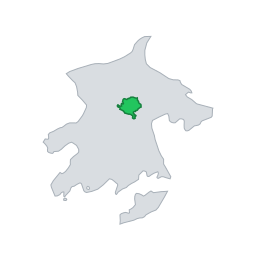 Kurdamir District, Kürdəmir, Azerbaijan shown in context, rotated 287°
{"feature_id": "54616110B82810927503709", "entity_name": "Kurdamir District", "entity_type": "district", "adm_level": 2, "iso_a3": "AZE", "parent_name": "Azerbaijan", "parent_adm1": "Kürdəmir", "projection": "mercator", "projection_center": [48.161, 40.284], "detail": "fine", "context": "in_parent", "style": "filled", "palette": "green", "viewbox_px": 256, "rotation_deg": 287, "n_neighbors": 0, "source": "geoboundaries", "source_scale": "gbopen_adm2", "svg_char_len": 4722}
<svg xmlns="http://www.w3.org/2000/svg" viewBox="0 0 256 256"><g transform="rotate(287 128 128)"><path d="M171.8,203.4L170.9,203.3L164.0,205.0L162.5,204.4L156.6,196.9L155.4,196.1L152.9,195.7L151.4,194.5L150.2,192.4L149.5,190.9L143.4,186.8L142.5,185.3L142.3,184.0L143.2,182.8L144.3,181.8L147.2,180.8L150.7,179.9L151.8,179.3L152.4,178.2L152.4,176.4L151.8,174.7L146.8,171.6L146.3,170.2L146.1,168.5L146.4,166.8L147.2,165.4L151.2,163.6L153.4,161.7L152.1,159.5L147.7,154.6L142.4,149.2L139.0,149.2L134.9,150.8L128.5,155.4L124.9,157.3L120.3,160.6L115.2,164.2L111.1,168.0L108.5,171.2L103.9,172.6L101.6,175.2L93.9,183.2L91.7,183.1L91.6,179.1L91.7,176.0L91.2,174.2L88.7,171.7L88.7,170.7L89.4,170.0L91.3,170.4L93.7,170.3L94.9,169.3L92.3,166.0L90.0,163.9L88.0,162.4L87.5,161.5L87.5,160.9L87.9,160.2L91.3,158.4L91.7,156.7L91.4,154.9L86.1,152.1L82.0,153.1L78.4,150.1L76.1,147.7L73.2,145.2L70.6,143.8L68.1,140.6L63.8,137.3L61.1,136.4L61.1,135.8L61.6,135.2L62.8,134.7L70.4,134.9L71.4,134.3L71.9,132.9L72.9,130.8L74.1,127.7L74.0,125.1L66.3,120.9L60.7,117.0L56.8,111.9L54.2,107.2L54.3,105.6L55.1,104.1L61.1,99.8L61.5,98.7L61.3,97.9L59.2,95.7L56.5,93.4L55.7,91.7L54.0,90.9L50.8,90.8L45.1,88.0L43.9,87.7L43.7,87.1L43.9,86.6L48.0,85.4L47.9,84.5L46.7,83.2L44.4,82.3L42.3,80.1L41.6,78.1L48.9,72.1L51.0,70.9L55.8,72.0L65.6,76.0L65.0,78.1L66.0,79.4L68.2,81.0L72.6,82.7L76.3,83.6L78.1,82.9L81.0,82.2L84.7,84.2L88.0,86.6L89.7,87.6L90.6,87.9L93.2,87.1L96.3,83.9L97.5,80.1L97.9,78.2L96.1,75.7L92.4,72.9L88.2,70.5L85.5,68.3L83.8,64.1L82.1,63.6L81.6,63.1L81.4,61.6L81.4,59.6L82.0,58.0L83.7,57.3L85.4,57.1L87.0,55.6L88.9,52.7L89.7,51.0L93.3,52.0L93.8,54.6L94.5,55.2L96.0,54.8L98.5,53.7L100.5,54.6L103.0,57.7L106.6,61.0L108.5,63.2L109.2,64.7L111.1,66.2L113.7,68.0L115.8,70.7L117.7,77.0L119.6,78.4L126.4,80.8L128.8,81.3L135.5,82.2L137.9,81.6L141.4,76.1L144.5,70.5L147.4,69.4L152.6,66.7L155.8,64.1L157.1,61.3L160.0,56.1L161.9,53.1L165.0,55.8L170.3,62.8L178.0,74.3L179.8,77.6L181.1,81.3L182.1,85.9L183.9,89.9L191.6,100.0L195.0,103.7L200.5,108.5L202.4,109.6L204.9,109.9L209.6,109.9L213.9,111.8L216.1,113.1L218.3,115.0L220.3,117.2L222.3,123.1L214.8,121.1L207.2,121.4L202.9,122.7L198.8,124.4L194.8,126.8L192.3,131.5L190.2,142.4L187.2,152.5L187.3,157.2L188.6,161.7L188.5,163.8L187.1,164.7L185.3,166.6L183.0,175.9L181.8,177.7L180.3,178.8L179.9,177.8L180.0,175.3L176.7,173.2L175.0,175.6L173.8,180.7L171.4,186.0L171.2,187.0L171.8,203.4ZM60.1,108.2L60.5,106.7L59.5,106.0L58.5,106.0L57.7,106.7L57.7,108.6L58.9,108.9L60.1,108.2ZM35.4,150.7L34.3,149.2L33.7,148.4L37.1,147.7L42.6,145.7L44.1,146.6L45.7,148.7L46.6,150.4L46.7,153.7L47.4,154.2L50.1,153.1L51.3,154.4L53.3,156.0L56.9,157.5L62.1,155.1L64.7,154.5L66.8,154.5L68.0,155.3L68.4,157.8L68.0,160.9L67.4,162.6L68.4,163.8L72.7,166.8L74.5,168.4L73.6,171.3L76.8,178.3L77.8,181.0L79.1,184.3L72.6,183.0L60.9,180.2L57.7,178.7L54.7,174.9L52.8,173.0L50.2,170.6L48.0,169.7L46.3,168.0L45.4,165.5L44.0,163.2L41.6,160.6L36.1,151.6L35.4,150.7ZM42.3,89.9L41.6,90.4L40.5,89.9L40.2,88.7L40.2,87.5L41.4,87.3L42.3,87.6L42.5,88.7L42.3,89.9Z" fill="#d9dde1" stroke="#a8b0b8" stroke-width="1"/><path d="M145.3,112.0L145.2,112.4L145.1,112.9L145.1,113.4L145.0,113.8L144.9,114.4L144.7,114.7L144.2,114.9L143.5,114.8L143.5,115.3L143.4,116.2L143.4,116.6L143.2,117.2L143.0,118.1L143.0,118.5L142.8,118.9L142.4,119.4L141.9,119.9L141.6,120.4L141.3,120.6L141.4,121.4L141.4,122.3L141.4,123.8L141.4,124.6L141.7,125.2L141.7,126.2L141.7,127.0L141.4,127.6L141.2,128.2L141.1,128.6L140.9,128.9L140.5,129.2L139.8,129.3L139.3,129.3L138.9,129.4L138.7,129.8L138.6,130.2L138.5,130.5L138.5,130.8L138.8,131.4L139.1,131.7L139.5,132.0L139.7,131.9L140.2,131.5L140.4,131.4L141.0,131.4L141.4,131.8L141.9,132.0L142.3,131.9L142.6,131.0L142.3,130.4L142.4,130.1L142.9,130.2L143.2,129.9L143.4,129.3L143.7,128.8L144.3,128.6L145.0,128.6L145.6,129.2L145.9,129.8L146.0,130.3L146.7,130.3L146.9,130.3L147.4,131.3L147.9,131.8L148.5,132.0L149.1,132.0L149.6,132.4L150.9,133.3L151.4,133.8L151.9,134.4L152.2,134.2L152.6,134.1L153.2,133.9L153.6,133.8L154.0,133.6L154.4,133.2L154.5,132.7L154.7,132.1L154.8,131.6L155.2,131.1L155.5,130.7L156.3,130.4L156.7,130.0L157.2,129.3L157.3,128.9L158.3,128.6L158.9,128.3L159.4,128.1L159.2,127.9L159.1,127.3L158.9,126.9L158.9,126.4L158.9,125.7L158.9,125.0L159.0,124.3L159.0,123.8L158.8,123.2L158.4,122.1L158.2,121.6L157.9,121.6L157.3,121.0L156.5,120.3L156.4,119.6L155.7,119.1L154.9,118.6L154.9,117.9L155.0,117.1L155.0,116.1L154.6,115.4L153.8,115.0L152.4,115.1L151.6,115.1L151.0,115.7L150.3,116.4L149.5,116.2L149.5,115.3L149.5,114.7L148.7,114.6L147.6,115.1L147.1,115.4L146.6,114.3L146.6,113.7L146.7,112.8L147.2,111.9L147.1,111.5L146.6,111.4L146.2,111.3L145.9,111.4L145.5,111.8L145.3,112.0Z" fill="#22c55e" stroke="#15803d" stroke-width="1.5"/></g></svg>